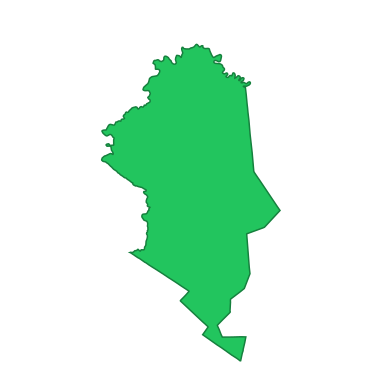 outline of Cobán, Alta Verapaz, Guatemala, rotated 21°
{"feature_id": "79465075B25337893511969", "entity_name": "Cobán", "entity_type": "district", "adm_level": 2, "iso_a3": "GTM", "parent_name": "Guatemala", "parent_adm1": "Alta Verapaz", "projection": "mercator", "projection_center": [-90.634, 15.685], "detail": "fine", "context": "isolated", "style": "filled", "palette": "green", "viewbox_px": 384, "rotation_deg": 21, "n_neighbors": 0, "source": "geoboundaries", "source_scale": "gbopen_adm2", "svg_char_len": 5933}
<svg xmlns="http://www.w3.org/2000/svg" viewBox="0 0 384 384"><g transform="rotate(21 192 192)"><path d="M155.8,270.7L156.3,270.7L164.9,272.7L166.8,272.9L173.1,274.5L174.4,274.6L178.2,275.6L190.7,278.1L201.5,280.5L208.3,281.9L215.2,283.5L224.3,285.5L224.7,285.7L224.7,286.1L223.0,290.7L220.4,296.7L220.1,297.5L220.3,297.9L248.0,309.2L254.7,311.8L255.4,312.3L253.1,321.4L270.4,325.8L275.2,326.8L287.9,330.1L293.4,331.2L296.3,332.0L296.8,332.3L297.6,332.3L297.9,332.1L296.7,324.5L296.6,321.9L296.2,320.8L295.2,313.5L294.2,308.0L289.9,309.5L281.0,313.2L272.3,316.6L270.0,314.4L266.7,310.7L264.2,308.3L263.4,307.3L266.4,300.3L270.4,291.4L270.7,290.3L270.1,289.4L267.4,281.0L266.8,279.7L266.4,278.2L273.0,267.5L275.4,263.3L275.4,247.5L272.4,241.7L258.1,211.6L258.1,211.4L271.2,200.0L272.3,198.9L280.8,177.7L277.1,175.2L250.4,156.4L248.3,155.0L243.3,151.5L242.3,150.6L234.2,134.0L225.6,117.4L219.5,104.8L215.6,97.4L213.8,93.7L212.0,90.3L208.0,82.2L204.2,74.9L203.1,75.3L202.2,75.1L202.2,74.8L202.8,74.4L203.6,74.2L205.1,73.6L206.9,71.7L207.4,70.8L207.5,70.4L207.5,69.4L207.2,68.9L206.5,68.5L205.8,68.8L205.1,69.5L204.4,70.9L203.8,71.5L201.1,71.1L199.6,72.2L198.7,72.3L198.5,72.0L198.5,71.4L199.6,70.1L200.0,69.1L199.9,67.6L199.7,67.2L199.0,67.0L198.4,67.1L197.5,67.7L197.1,68.5L196.6,70.7L196.3,71.0L196.0,71.1L195.7,71.0L195.6,70.4L196.1,68.7L196.1,68.0L195.7,67.4L195.3,67.0L194.6,66.8L193.8,66.8L193.4,66.9L192.1,69.4L191.2,70.3L190.9,69.5L190.7,68.2L190.4,67.4L189.4,66.2L188.8,65.9L188.2,65.9L187.7,66.1L187.6,66.4L187.5,69.2L186.3,69.4L185.7,69.7L185.3,70.3L185.0,71.5L184.7,72.0L183.7,72.4L183.0,72.4L182.4,72.1L182.4,71.6L183.0,70.2L183.2,69.4L182.9,68.9L182.3,68.5L181.9,68.4L181.4,68.6L180.1,70.0L179.6,70.2L178.1,70.0L177.7,69.7L177.7,68.3L178.3,67.3L178.4,67.0L178.3,65.6L177.7,65.0L176.2,64.4L175.0,62.9L173.8,62.4L172.2,62.3L167.4,63.6L166.7,63.5L165.9,63.1L165.7,62.7L165.7,62.0L165.9,61.3L166.4,60.9L167.6,60.6L170.3,60.8L171.3,60.3L171.6,59.2L171.1,55.7L170.8,54.5L170.0,53.7L169.2,53.6L168.6,53.8L168.3,54.2L166.1,56.2L165.5,56.9L164.4,58.5L163.9,58.7L163.1,58.4L161.6,57.4L158.1,53.9L157.0,52.4L156.5,52.1L155.5,52.2L152.9,53.4L151.6,53.5L150.2,53.0L149.9,51.8L149.3,51.7L148.9,51.8L148.3,52.3L147.7,53.5L147.4,53.8L146.5,53.7L144.1,52.5L143.2,52.6L142.8,53.2L142.2,54.9L141.8,55.9L140.7,57.0L139.0,58.2L138.3,59.3L138.1,59.5L135.4,60.5L133.8,60.9L132.8,60.9L131.6,60.2L131.0,60.5L130.9,61.6L131.5,62.9L133.5,65.4L133.6,66.3L133.4,67.3L133.7,70.1L133.5,70.3L131.8,69.5L130.9,69.4L129.1,69.8L128.7,70.1L128.7,72.6L129.1,74.3L131.0,76.9L131.0,77.8L130.4,78.7L129.0,79.2L127.4,78.8L126.5,78.3L125.4,77.0L123.3,76.2L121.8,75.0L120.0,74.6L119.0,74.6L118.1,74.9L117.7,75.5L117.6,76.6L118.2,78.4L118.2,79.0L118.0,79.7L116.7,81.2L114.6,81.3L113.9,80.8L113.1,80.7L112.3,81.0L110.9,82.2L109.9,82.6L109.5,83.1L109.4,83.9L109.5,85.7L111.6,86.3L112.1,86.7L113.0,88.2L113.8,90.3L114.2,90.4L116.1,89.6L117.4,89.6L118.0,89.9L118.5,90.4L118.8,91.6L118.5,94.4L117.6,96.1L113.4,98.6L112.6,99.6L111.7,101.2L112.1,104.5L112.0,106.6L111.1,108.2L109.5,111.4L109.4,112.5L109.6,114.0L110.1,114.3L111.1,114.4L112.0,114.2L114.5,113.1L115.4,113.0L116.1,113.3L117.2,114.4L117.8,115.1L117.7,118.0L117.1,118.8L116.9,119.6L117.0,119.8L118.2,120.6L118.5,120.8L119.2,120.8L119.7,121.1L120.2,121.7L120.4,122.1L120.4,122.9L120.3,123.3L119.6,124.2L118.1,125.9L117.8,127.4L117.3,127.8L116.4,128.0L116.3,129.2L115.9,130.3L115.4,130.5L114.3,130.4L113.8,130.6L113.1,131.4L112.7,132.9L112.3,133.6L111.7,133.7L111.4,133.7L110.4,132.7L109.1,132.6L106.7,134.3L105.8,135.2L105.2,136.8L104.3,138.4L104.0,140.1L103.8,140.4L103.2,140.8L102.3,140.8L101.8,141.2L101.6,141.8L101.6,143.4L100.7,144.8L100.7,145.8L101.1,146.3L102.5,147.3L102.6,147.5L102.4,147.9L101.6,148.7L100.8,148.9L100.1,149.6L100.1,151.4L99.8,151.5L98.6,151.7L98.0,152.1L97.5,152.6L97.3,153.2L95.9,154.0L95.7,156.8L95.4,157.4L94.6,157.7L91.8,158.0L90.7,158.7L90.2,159.9L89.6,164.7L89.5,164.9L87.5,165.8L86.3,166.7L86.1,167.2L86.3,167.7L88.0,169.1L91.0,170.2L92.3,170.2L92.9,169.8L94.4,168.0L94.9,167.6L95.6,167.5L96.7,167.7L98.5,169.1L99.6,169.3L100.0,169.8L100.2,171.5L101.9,175.7L102.0,176.3L101.8,176.6L100.6,176.9L99.7,177.6L98.8,177.8L98.5,177.7L97.7,177.1L96.8,176.9L95.8,177.5L95.2,178.0L94.9,178.6L95.0,179.0L96.3,179.7L98.8,178.6L99.4,178.6L100.1,178.8L101.8,181.8L103.5,183.0L104.7,184.3L104.8,185.1L104.7,185.3L104.2,185.3L103.4,185.1L102.0,185.3L98.3,189.2L97.4,189.8L96.0,192.4L96.1,194.3L96.4,194.7L97.6,195.2L98.8,195.2L100.5,194.8L101.7,195.3L103.5,195.6L106.7,197.1L108.2,197.6L109.3,198.2L110.9,198.9L114.3,199.6L115.8,200.6L117.4,200.8L119.0,201.6L121.6,202.1L123.4,202.7L124.0,202.8L125.4,202.6L126.0,202.8L127.2,203.4L128.6,203.5L129.2,203.8L130.5,204.1L132.4,204.8L133.2,204.7L133.5,204.8L133.7,205.4L134.1,205.9L134.9,206.4L136.1,206.4L136.9,206.7L137.6,206.3L138.2,206.2L140.0,206.2L143.8,205.7L145.4,206.1L148.1,206.4L148.6,206.7L148.7,207.4L148.6,207.8L147.0,208.7L146.9,208.9L146.9,209.5L147.7,210.3L149.0,210.8L150.1,210.9L151.2,211.4L152.4,212.4L152.5,212.9L152.3,214.4L152.4,216.3L152.9,217.9L154.9,219.2L155.2,219.9L155.2,220.8L155.4,221.1L156.3,221.4L158.2,221.4L157.8,223.1L157.9,223.7L158.3,224.3L158.2,224.7L157.7,225.5L157.7,227.2L157.4,228.2L156.8,229.0L155.0,229.8L153.9,230.6L153.7,231.3L153.8,232.5L154.6,233.7L155.8,234.4L156.7,235.2L157.4,235.5L160.0,235.5L160.9,235.9L161.6,236.8L162.1,237.7L162.6,239.8L163.7,241.1L164.0,242.2L164.4,242.9L164.5,243.2L164.2,243.8L164.2,244.1L164.7,245.1L164.6,245.7L164.3,246.2L164.5,247.2L164.8,247.6L165.4,247.9L165.7,248.3L166.5,249.9L166.8,252.1L166.8,254.4L167.9,258.0L167.8,259.4L167.5,260.5L167.9,261.8L168.0,262.7L167.7,263.3L165.4,264.1L165.2,264.3L165.0,265.4L164.8,265.7L164.7,265.7L164.0,265.7L162.5,264.9L162.1,264.9L161.8,265.1L161.4,266.2L161.1,266.5L160.5,267.0L159.9,267.1L159.6,267.4L158.9,268.9L158.5,269.4L157.6,270.0L156.4,270.2L155.8,270.7Z" fill="#22c55e" stroke="#15803d" stroke-width="1.5"/></g></svg>